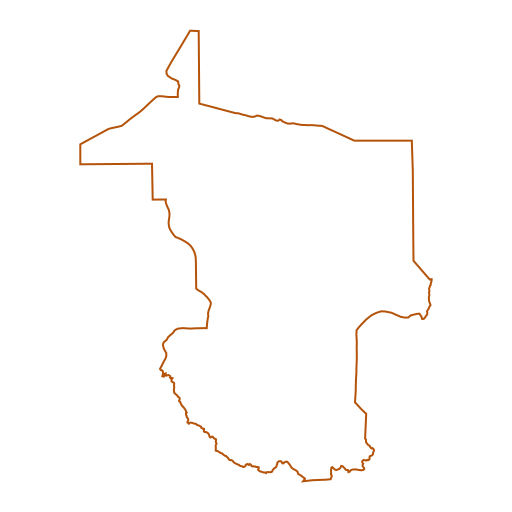 Ou Chrov, Bântéay Méanchey, Cambodia (Albers equal-area conic projection)
{"feature_id": "14789045B98105174754814", "entity_name": "Ou Chrov", "entity_type": "district", "adm_level": 2, "iso_a3": "KHM", "parent_name": "Cambodia", "parent_adm1": "Bântéay Méanchey", "projection": "albers", "projection_center": [102.796, 13.654], "detail": "fine", "context": "isolated", "style": "outline", "palette": "amber", "viewbox_px": 512, "rotation_deg": 0, "n_neighbors": 0, "source": "geoboundaries", "source_scale": "gbopen_adm2", "svg_char_len": 6097}
<svg xmlns="http://www.w3.org/2000/svg" viewBox="0 0 512 512"><path d="M372.5,448.1L371.7,448.5L371.1,448.0L370.1,446.9L369.5,445.6L368.3,445.1L367.7,444.5L366.9,443.3L366.1,442.4L365.9,439.4L365.1,438.6L366.2,413.8L361.8,409.7L355.0,402.3L355.7,391.6L355.8,385.8L356.0,378.9L356.4,372.7L356.4,368.4L356.8,359.8L356.8,355.0L356.7,349.1L356.8,342.0L356.4,334.6L356.6,330.2L359.0,327.1L362.1,323.7L366.3,319.4L371.2,315.5L376.2,312.9L381.2,311.3L385.3,311.5L391.7,312.8L396.0,314.8L401.0,316.9L404.9,317.6L408.3,317.5L410.7,315.4L413.4,314.7L417.4,313.8L419.4,313.7L421.3,316.4L422.2,319.0L423.7,318.9L424.7,317.9L425.4,317.0L425.8,316.1L427.0,314.8L427.2,314.0L427.3,312.5L427.0,311.4L427.9,309.7L428.5,309.0L429.2,307.3L429.7,306.2L430.5,305.2L430.3,304.2L429.7,303.0L429.1,301.0L428.9,298.6L428.9,297.1L429.4,295.0L429.1,293.0L429.0,292.1L429.4,291.3L429.3,290.1L429.0,288.9L429.4,287.7L429.8,286.7L429.9,285.9L430.6,285.2L430.7,284.1L431.2,282.2L431.6,280.4L431.7,279.2L431.0,279.1L430.3,279.6L429.6,279.4L413.5,260.8L413.3,241.5L412.8,170.6L411.8,140.7L354.4,140.7L322.1,125.9L317.0,125.6L315.4,125.4L312.0,125.1L309.0,125.2L304.1,125.0L301.6,124.9L296.7,124.1L294.9,123.6L292.9,123.3L290.6,123.6L287.7,123.6L285.4,122.7L283.8,121.9L282.3,121.3L281.4,120.1L279.7,119.5L279.0,120.2L277.8,120.8L275.8,120.4L274.3,119.5L272.2,118.4L268.8,118.3L265.9,118.2L259.8,116.0L257.0,115.6L254.3,116.7L252.1,116.9L248.9,116.3L246.2,115.4L243.6,114.9L240.9,114.1L238.4,113.3L236.1,113.2L235.3,113.1L199.3,103.6L198.7,31.1L190.1,30.7L181.1,45.8L179.2,49.0L171.7,61.3L166.4,70.9L166.6,73.8L167.8,75.8L171.9,78.6L174.7,79.6L176.0,80.2L176.9,80.9L177.9,81.2L178.3,82.1L178.2,82.9L178.5,84.2L179.3,85.6L179.1,87.4L178.0,89.8L177.8,92.8L177.8,97.0L169.5,97.0L165.6,96.7L162.5,96.3L158.5,96.2L156.5,96.8L153.7,99.2L150.4,102.2L143.3,108.9L139.6,112.1L134.6,115.7L130.0,119.1L126.7,121.9L121.7,125.8L118.0,126.8L110.7,128.3L108.2,129.1L90.2,138.9L80.3,144.3L80.3,164.3L152.0,163.7L152.7,199.6L165.9,199.5L165.6,201.5L166.3,204.2L167.4,206.9L168.9,210.0L169.5,213.4L169.4,216.6L169.0,219.1L168.6,222.4L168.8,225.0L169.3,227.6L170.2,229.6L171.5,231.8L172.5,233.2L173.5,234.7L175.6,237.1L177.7,237.8L181.3,239.4L184.7,241.3L188.0,243.4L190.5,245.7L192.6,248.6L193.7,250.7L194.7,253.0L195.3,255.2L195.7,257.7L195.8,260.1L195.9,262.4L196.2,288.6L197.8,290.0L201.5,292.1L204.0,294.0L205.2,295.4L206.7,296.8L207.9,298.2L209.1,299.7L210.1,301.2L210.8,302.7L210.8,303.9L210.2,306.3L209.2,309.0L208.5,311.1L208.0,313.8L208.3,315.9L207.5,320.2L207.2,322.6L206.7,328.2L206.0,328.1L195.8,328.3L190.1,328.6L182.6,328.1L177.6,328.7L174.7,330.3L173.0,332.9L170.1,335.3L168.1,337.2L166.7,339.8L163.6,342.4L162.9,345.0L163.7,348.4L165.1,351.0L166.3,353.2L166.3,356.2L165.3,358.9L163.5,362.0L162.1,365.0L161.0,367.0L160.0,369.0L161.0,370.2L162.0,370.3L162.6,370.8L163.0,372.3L163.0,373.0L163.0,373.9L162.7,375.0L162.3,376.2L163.1,376.6L164.4,376.3L164.7,375.6L165.0,374.8L164.5,373.9L165.7,373.4L165.9,374.9L166.6,375.6L167.8,375.2L168.7,375.1L169.8,375.8L170.3,376.4L170.4,377.1L170.0,377.7L170.5,378.1L171.5,378.0L172.5,378.2L172.1,378.9L171.5,379.5L171.5,381.2L172.5,382.2L173.6,382.4L174.2,383.4L174.2,384.4L173.9,385.3L174.0,386.0L174.3,387.3L174.0,388.5L173.8,390.3L174.1,391.4L174.2,392.8L176.3,394.7L177.5,395.8L177.8,396.6L178.4,397.0L179.2,397.5L179.6,398.0L179.7,398.8L179.5,399.7L179.1,400.5L179.2,401.4L179.9,401.7L180.5,402.4L180.7,403.5L181.6,405.0L182.0,405.9L182.7,406.2L183.1,407.0L183.9,407.6L184.4,408.5L185.4,409.6L186.1,411.7L186.7,412.6L186.0,413.0L185.9,414.4L186.2,415.1L186.7,416.0L186.7,417.1L187.4,418.0L188.2,419.0L188.2,420.5L187.9,421.2L187.4,421.9L187.5,422.6L188.3,423.0L188.9,423.7L189.5,423.0L190.1,422.7L190.9,422.6L192.5,423.0L194.2,423.6L195.9,423.8L197.0,425.0L198.3,425.3L200.2,426.2L201.0,426.7L201.3,427.8L202.1,428.1L202.9,428.8L204.0,428.8L204.1,429.6L203.8,431.1L204.5,432.0L205.8,432.0L207.6,432.8L208.8,434.2L209.7,436.9L210.4,437.5L211.2,437.1L212.0,436.6L212.7,436.7L213.2,437.3L214.3,438.6L215.7,439.0L216.1,439.7L215.8,441.5L215.9,442.4L216.5,443.4L216.2,444.4L215.7,445.3L215.7,446.4L215.8,447.7L215.8,449.3L215.7,450.6L216.5,450.9L217.5,451.0L218.8,451.8L219.6,452.2L220.4,453.0L222.1,453.4L223.2,454.5L224.2,455.3L225.4,455.9L226.1,456.0L226.6,456.8L227.6,457.4L228.1,458.1L228.7,459.2L229.5,459.9L230.4,460.2L231.4,460.1L232.6,460.8L233.1,461.4L233.7,462.3L235.1,463.2L237.5,464.4L238.9,464.8L239.5,465.5L240.4,466.0L242.4,466.4L243.2,467.0L244.6,466.7L245.4,465.9L245.6,465.2L246.2,464.5L247.7,464.0L248.1,464.6L248.8,465.0L249.9,464.0L250.8,464.7L251.3,465.4L251.5,466.0L252.5,466.5L253.6,466.2L254.4,466.5L255.3,466.5L256.2,467.0L257.1,467.0L258.6,467.2L258.8,468.3L258.3,469.0L258.2,469.9L259.2,470.8L260.2,471.5L261.0,471.5L261.9,471.9L264.1,472.6L265.1,472.4L266.0,473.1L266.5,472.3L267.4,472.1L268.5,472.2L269.7,472.1L270.6,472.2L271.6,472.0L272.1,471.4L272.8,469.9L273.4,469.4L273.8,468.6L275.9,467.3L276.4,466.3L276.8,465.0L277.4,463.4L277.4,462.5L278.7,461.4L279.7,461.2L281.2,461.3L282.5,463.4L283.6,463.3L284.1,462.4L285.3,461.9L286.8,461.6L288.0,462.5L289.0,463.8L290.1,465.3L290.9,466.7L291.7,467.8L293.0,468.8L294.3,469.5L295.9,470.4L297.3,471.4L297.8,472.6L298.2,474.0L300.2,475.0L301.8,476.1L303.0,477.2L304.3,478.0L305.0,478.8L303.1,481.3L312.6,480.2L317.5,480.0L325.9,479.7L330.7,479.2L331.0,478.1L331.5,477.0L331.8,475.7L331.0,474.6L331.1,473.6L331.1,471.9L331.0,470.3L331.2,469.0L331.3,467.8L332.3,467.1L333.3,468.1L334.4,469.2L336.1,470.1L337.5,469.6L339.5,468.8L340.6,467.4L341.3,465.9L342.6,466.2L343.6,467.3L344.7,468.3L345.5,469.4L346.2,470.0L348.0,470.1L348.4,472.1L349.7,471.7L350.7,470.2L352.5,469.6L353.6,469.4L354.7,469.5L356.4,469.4L358.1,469.9L359.9,470.1L361.4,470.3L363.3,469.9L364.2,469.3L364.0,467.9L362.9,466.6L362.5,465.5L362.8,464.5L363.2,463.8L362.2,462.3L362.3,461.0L363.6,459.9L365.1,460.4L366.5,460.5L367.1,459.9L367.7,460.2L369.0,459.8L369.6,458.9L369.5,457.8L369.5,457.0L369.7,456.3L371.0,455.8L372.3,455.2L373.0,454.1L373.1,452.7L374.0,450.4L373.7,449.5L373.3,448.8L372.5,448.1Z" fill="none" stroke="#b45309" stroke-width="2"/></svg>